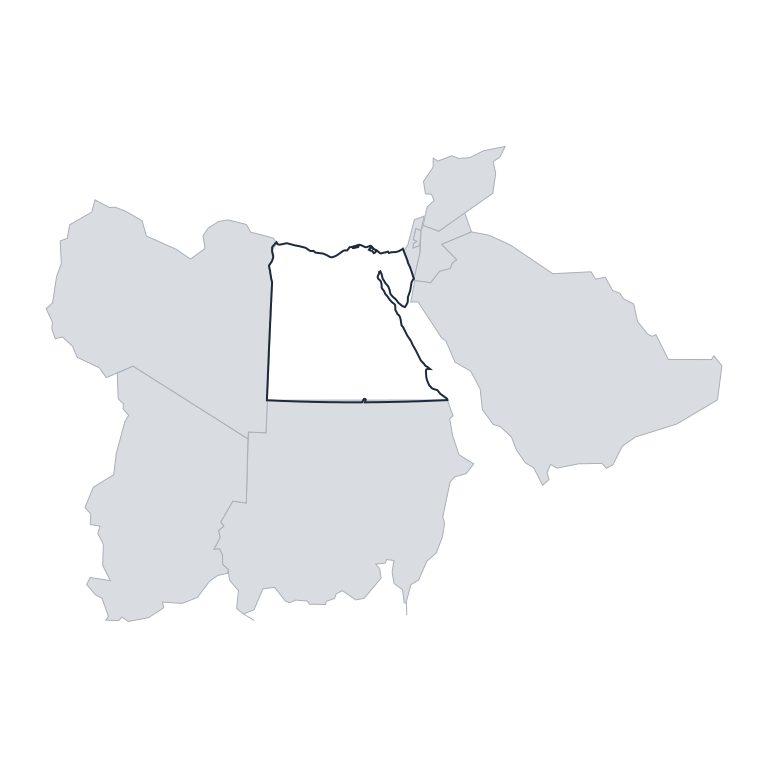 Egypt and the surrounding countries
{"feature_id": "EGY", "entity_name": "Egypt", "entity_type": "country or territory", "adm_level": 0, "iso_a3": "EGY", "parent_name": "Africa", "parent_adm1": "", "projection": "orthographic", "projection_center": [30.805, 26.825], "detail": "fine", "context": "with_neighbors", "style": "outline", "palette": "slate", "viewbox_px": 768, "rotation_deg": 0, "n_neighbors": 8, "source": "natural_earth", "source_scale": "50m", "svg_char_len": 6827}
<svg xmlns="http://www.w3.org/2000/svg" viewBox="0 0 768 768"><path d="M254.3,620.5L242.1,613.1L236.6,608.3L238.5,590.6L229.5,580.2L228.2,569.5L222.5,564.5L222.6,555.3L219.5,548.9L213.9,549.4L220.0,537.4L218.5,530.6L223.8,526.1L220.7,522.1L232.8,501.1L246.3,503.0L248.4,432.0L266.0,432.8L267.2,400.2L447.4,400.0L453.0,415.8L449.7,418.9L452.6,435.6L459.0,454.7L473.7,463.9L466.2,473.6L454.9,476.8L450.1,482.0L442.8,516.8L444.6,523.1L442.4,537.0L436.3,552.9L426.8,561.2L418.6,580.0L411.0,584.6L406.4,601.2L406.8,615.3L406.5,603.1L404.2,602.8L402.5,589.7L394.1,583.6L392.1,572.3L393.9,560.5L386.5,559.6L385.4,563.1L375.7,564.1L379.6,568.6L381.1,578.1L364.2,598.3L355.9,599.9L342.3,590.7L336.2,593.9L334.5,598.5L326.2,601.3L325.6,604.5L309.5,604.2L307.3,601.0L295.7,600.1L289.8,602.6L285.4,601.1L274.5,587.3L262.9,588.9L254.0,609.8L243.4,613.9L254.3,620.5Z" fill="#d9dde1" stroke="#a8b0b8" stroke-width="1"/><path d="M247.9,438.8L246.3,503.0L232.8,501.1L220.7,522.1L223.8,526.1L218.5,530.6L220.0,537.4L213.9,549.4L219.5,548.9L222.6,555.3L222.5,564.5L228.2,569.5L227.9,573.3L217.8,575.4L209.5,581.2L197.4,597.4L182.2,603.4L162.4,602.1L163.8,607.7L148.4,617.7L128.3,621.5L121.9,617.0L118.8,620.6L105.8,620.2L108.4,616.3L102.0,598.3L95.3,594.7L86.6,584.4L90.3,577.5L110.4,580.7L102.7,565.4L103.4,544.4L97.9,533.4L100.0,526.2L90.2,524.5L90.9,514.2L85.0,507.5L93.2,487.3L113.7,474.7L116.2,453.9L124.8,421.8L128.7,415.2L123.1,408.9L123.3,403.7L118.2,398.8L117.2,373.1L132.9,366.0L247.9,438.8Z" fill="#d9dde1" stroke="#a8b0b8" stroke-width="1"/><path d="M424.1,216.1L421.0,230.7L415.9,228.6L413.4,239.6L417.0,241.3L413.5,243.6L413.1,248.0L419.6,245.5L420.2,251.9L414.1,278.3L403.9,250.4L407.8,244.9L414.4,219.7L424.1,216.1Z" fill="#d9dde1" stroke="#a8b0b8" stroke-width="1"/><path d="M419.6,245.5L413.1,248.0L413.5,243.6L417.0,241.3L413.4,239.6L415.9,228.6L421.0,230.7L419.6,245.5Z" fill="#d9dde1" stroke="#a8b0b8" stroke-width="1"/><path d="M421.0,230.7L423.2,225.4L438.8,231.2L464.5,212.4L471.5,231.9L441.9,244.3L456.8,259.9L452.4,262.9L450.4,268.5L439.7,271.3L430.7,282.7L414.7,280.6L414.1,278.3L420.2,251.9L421.0,230.7Z" fill="#d9dde1" stroke="#a8b0b8" stroke-width="1"/><path d="M423.2,225.4L427.0,207.1L434.1,200.6L431.5,194.3L425.4,193.8L423.5,181.4L433.1,167.2L433.2,158.2L437.7,161.1L451.7,155.8L458.9,158.4L469.6,157.7L483.9,150.6L505.2,146.5L499.8,157.1L493.2,161.7L495.7,173.4L492.8,193.3L438.8,231.2L423.2,225.4Z" fill="#d9dde1" stroke="#a8b0b8" stroke-width="1"/><path d="M414.7,280.6L430.7,282.7L439.7,271.3L450.4,268.5L452.4,262.9L456.8,259.9L441.9,244.3L471.5,231.9L488.5,235.1L510.0,244.8L552.7,273.7L591.1,271.8L595.6,279.1L605.3,277.3L612.7,290.6L620.0,293.3L623.3,298.6L633.7,304.0L637.5,321.3L647.5,333.9L652.2,336.4L655.9,334.6L668.3,359.4L711.5,359.6L713.8,355.7L721.9,365.8L717.5,399.9L676.8,424.0L635.3,437.0L622.2,446.3L613.0,464.7L606.2,468.3L602.0,463.4L578.7,463.8L557.1,468.1L550.5,464.5L547.0,472.8L549.0,479.5L542.6,485.3L533.7,467.8L525.4,462.8L516.4,449.9L511.4,437.0L500.2,426.6L493.3,424.5L482.4,409.6L480.1,388.7L470.6,371.1L455.1,362.2L445.9,341.0L441.4,337.6L418.0,301.8L410.8,302.1L414.7,280.6Z" fill="#d9dde1" stroke="#a8b0b8" stroke-width="1"/><path d="M272.4,281.6L266.0,432.8L248.4,432.0L247.9,438.8L132.9,366.0L106.3,377.7L99.2,367.7L77.3,357.4L72.5,346.2L62.4,336.9L55.4,338.8L51.8,328.9L52.4,321.9L46.1,308.7L52.6,302.8L56.6,276.4L61.3,263.6L60.2,240.9L67.3,238.3L69.6,224.8L91.9,212.0L94.9,199.8L109.3,207.6L115.0,207.1L125.6,211.3L142.1,220.8L146.4,236.0L176.6,249.5L190.4,259.1L205.0,248.5L203.0,235.8L208.1,228.2L218.7,221.4L228.2,219.9L246.4,224.5L250.6,232.1L273.5,238.1L276.6,243.6L271.2,251.2L273.0,258.3L268.8,268.3L272.4,281.6Z" fill="#d9dde1" stroke="#a8b0b8" stroke-width="1"/><path d="M447.5,400.1L442.5,400.3L437.6,400.5L432.6,400.7L427.6,400.9L422.7,401.1L417.7,401.3L412.7,401.4L407.7,401.6L402.7,401.7L397.7,401.8L392.8,401.9L387.8,402.0L382.8,402.1L377.8,402.2L372.8,402.2L367.8,402.3L365.0,402.3L365.4,400.8L365.7,399.8L365.4,399.1L364.4,398.9L363.8,399.1L362.3,402.2L361.5,402.3L359.8,402.3L353.9,402.3L348.1,402.3L342.3,402.3L336.5,402.2L330.7,402.2L324.9,402.1L319.1,402.0L313.3,401.9L307.5,401.7L301.7,401.6L295.9,401.4L290.1,401.2L284.3,401.0L278.5,400.8L272.7,400.5L266.9,400.3L267.0,396.6L267.2,392.9L267.3,389.3L267.5,385.6L267.6,381.9L267.8,378.2L267.9,374.6L268.1,370.9L268.2,367.2L268.4,363.5L268.5,359.9L268.7,356.2L268.8,352.5L269.0,348.8L269.1,345.1L269.3,341.5L269.5,337.8L269.6,334.1L269.8,330.4L270.0,326.7L270.1,323.0L270.3,319.4L270.5,315.7L270.6,312.0L270.8,308.3L271.0,304.6L271.2,301.0L271.3,297.3L271.5,293.6L271.7,289.9L271.9,286.2L272.1,282.6L272.0,281.9L271.3,279.3L270.8,276.1L270.2,272.2L270.1,270.9L269.1,266.8L269.0,265.7L269.4,264.9L271.7,261.6L272.4,260.0L273.0,258.1L273.3,256.5L272.8,254.0L272.2,251.7L272.1,249.5L272.1,247.3L273.2,245.8L274.6,244.4L275.1,243.6L276.0,242.6L276.5,242.2L277.5,244.2L279.6,244.7L286.8,243.2L294.6,245.3L298.9,246.1L305.6,247.8L309.6,250.6L310.7,251.0L313.6,251.0L315.5,252.6L323.2,253.6L327.3,255.4L329.6,256.8L331.0,257.3L332.2,257.2L333.9,256.7L336.0,255.8L338.3,254.4L343.1,250.9L344.8,250.3L345.9,250.5L347.2,250.4L347.8,249.5L348.5,248.8L348.9,248.1L349.6,247.2L352.1,246.9L357.0,245.4L356.5,246.1L352.0,247.9L353.9,248.1L355.9,247.5L358.1,247.1L358.5,246.4L358.8,245.0L359.3,244.8L360.8,245.1L365.4,247.2L366.6,247.2L369.8,246.0L370.5,245.8L371.6,246.4L374.0,249.0L373.2,249.0L370.6,246.7L370.4,247.9L368.9,249.8L370.8,250.7L372.3,251.0L373.1,252.1L373.6,253.1L375.1,252.6L376.1,251.3L375.5,250.5L375.2,249.8L375.6,249.7L376.7,250.4L379.7,252.9L380.7,253.4L381.8,253.3L384.2,252.5L384.8,252.6L388.0,251.6L388.4,252.3L388.9,253.0L391.5,252.2L395.6,252.1L398.8,251.2L402.6,249.1L402.9,248.8L403.1,249.3L403.6,250.6L404.9,254.1L406.0,256.8L407.4,260.5L407.8,262.0L408.0,263.0L410.0,267.1L411.2,270.5L412.1,273.3L413.4,277.3L413.9,278.7L413.1,279.5L411.6,282.1L410.2,290.6L407.9,297.2L407.8,301.4L407.4,302.9L406.3,305.0L404.9,307.1L402.4,306.1L398.2,302.6L395.7,299.2L393.1,297.1L390.6,294.2L389.9,292.1L389.9,290.8L388.7,287.5L387.9,286.0L384.9,282.5L384.1,280.7L383.4,279.9L382.7,278.7L381.6,274.2L380.4,271.3L379.1,272.1L379.3,273.3L378.2,275.0L377.6,277.0L378.1,278.6L380.5,280.9L381.0,282.0L381.6,284.3L381.6,287.4L382.0,288.4L383.8,290.7L384.5,292.1L384.9,293.3L385.5,294.3L387.4,296.3L390.0,300.1L392.5,302.7L394.3,303.9L395.1,305.1L395.4,308.3L395.3,309.9L396.9,312.7L397.5,314.2L399.1,315.4L399.8,316.7L400.5,318.9L401.6,325.5L403.0,327.0L407.3,335.6L410.9,340.9L412.7,345.0L415.5,349.8L420.9,360.6L424.0,363.8L425.3,365.7L427.5,367.0L430.0,369.0L427.7,368.9L427.1,369.1L426.3,369.5L426.0,370.8L425.9,371.8L426.3,377.3L427.0,380.1L429.2,385.3L430.8,386.9L431.5,387.9L432.6,388.6L437.4,390.2L440.4,393.9L446.8,398.5L447.5,399.8L447.5,400.1Z" fill="none" stroke="#1e293b" stroke-width="2"/></svg>